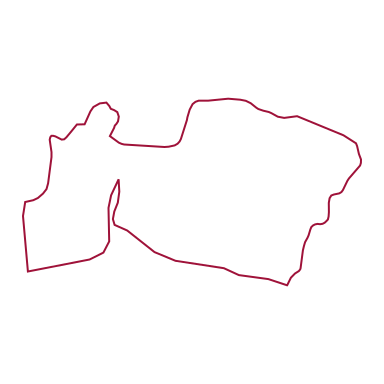 Samut Prakan, Robinson projection
{"feature_id": "THA-422", "entity_name": "Samut Prakan", "entity_type": "Province", "adm_level": 1, "iso_a3": "THA", "parent_name": "Thailand", "parent_adm1": "", "projection": "robinson", "projection_center": [100.716, 13.596], "detail": "fine", "context": "isolated", "style": "outline", "palette": "rose", "viewbox_px": 384, "rotation_deg": 0, "n_neighbors": 0, "source": "natural_earth", "source_scale": "10m", "svg_char_len": 1564}
<svg xmlns="http://www.w3.org/2000/svg" viewBox="0 0 384 384"><path d="M287.1,285.3L268.4,279.1L238.9,275.1L223.9,268.2L175.5,260.8L154.5,252.1L127.2,230.5L114.6,224.9L112.9,219.1L114.3,211.5L117.8,202.7L119.3,191.7L118.6,179.3L111.1,195.3L108.5,207.9L109.2,241.4L103.4,252.6L89.6,259.5L27.9,271.5L23.0,216.0L25.2,202.0L33.3,200.2L37.9,198.0L43.0,193.6L46.5,189.1L48.1,183.3L51.5,157.1L51.5,152.1L49.7,139.7L50.3,137.2L51.4,135.8L53.2,135.8L55.4,136.4L61.7,139.6L64.2,139.3L66.4,137.3L71.9,130.7L76.9,124.5L84.6,124.3L90.4,111.4L93.4,107.0L99.8,103.4L106.4,102.6L109.3,106.0L110.8,108.8L114.1,110.1L117.3,112.1L118.8,116.6L118.0,121.4L116.4,123.9L114.8,125.6L114.1,127.9L109.9,136.1L118.9,142.7L121.7,143.9L124.1,144.5L164.5,147.0L168.7,146.7L174.7,145.4L177.6,143.7L179.6,141.5L180.9,139.0L186.9,120.1L187.4,117.3L189.7,109.6L192.6,104.1L195.5,101.8L198.6,100.7L207.8,100.7L228.2,98.7L240.2,99.7L245.8,100.8L250.7,103.2L256.3,107.7L258.3,109.0L263.3,110.7L268.8,112.0L271.3,113.1L277.8,116.7L284.2,117.9L297.1,116.2L343.5,135.3L356.0,143.3L357.1,146.1L358.9,153.9L361.0,159.5L360.9,162.9L360.1,165.5L348.9,178.5L347.4,180.8L342.9,190.1L341.4,192.1L339.2,193.4L333.9,194.5L331.3,195.5L329.6,198.2L328.8,202.9L328.9,212.2L328.6,216.5L327.9,219.5L326.4,221.1L324.7,222.7L322.6,223.8L320.1,224.2L317.5,223.9L315.1,224.4L313.1,225.4L311.3,227.1L310.3,229.6L308.6,235.3L307.5,237.8L305.1,242.1L304.0,245.8L302.9,250.4L300.6,268.0L300.4,268.9L299.8,269.9L298.8,271.1L295.0,273.5L290.9,277.7L287.2,285.2L287.1,285.3Z" fill="none" stroke="#9f1239" stroke-width="2"/></svg>